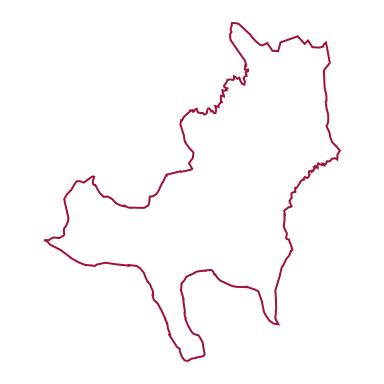 Klay, Bomi, Liberia
{"feature_id": "62588387B44236806524966", "entity_name": "Klay", "entity_type": "district", "adm_level": 2, "iso_a3": "LBR", "parent_name": "Liberia", "parent_adm1": "Bomi", "projection": "equal_earth", "projection_center": [-10.826, 6.705], "detail": "fine", "context": "isolated", "style": "outline", "palette": "rose", "viewbox_px": 384, "rotation_deg": 0, "n_neighbors": 0, "source": "geoboundaries", "source_scale": "gbopen_adm2", "svg_char_len": 5633}
<svg xmlns="http://www.w3.org/2000/svg" viewBox="0 0 384 384"><path d="M267.4,43.2L266.5,43.3L262.6,45.4L260.1,44.9L256.6,42.0L251.7,37.0L250.5,34.9L250.4,34.7L246.4,31.1L243.3,28.0L238.6,23.9L236.2,23.2L232.0,23.0L231.9,23.4L231.8,23.9L231.8,24.6L231.7,25.0L231.6,26.1L231.2,27.4L230.9,28.0L230.8,28.7L230.8,29.0L230.7,29.5L230.7,29.9L230.8,30.3L230.9,30.7L231.2,31.1L231.4,31.4L231.5,31.7L231.5,32.1L231.3,32.5L231.0,32.9L230.8,33.1L230.6,33.3L230.4,33.5L230.2,33.8L230.1,34.1L230.1,34.8L230.1,36.1L230.1,36.8L230.3,37.5L230.4,38.8L230.5,39.9L237.2,49.7L239.2,52.5L245.0,60.8L245.7,63.1L245.8,63.5L245.2,65.9L246.0,65.7L245.0,67.9L244.7,68.9L245.4,69.9L248.1,69.5L248.1,71.2L245.8,72.2L245.9,73.9L246.7,75.8L244.7,76.6L243.5,78.4L244.9,81.5L244.3,84.6L242.4,84.0L240.6,81.4L239.3,77.8L237.4,78.8L235.6,77.1L234.0,76.3L234.1,77.7L233.9,79.3L232.8,80.1L231.1,79.5L227.6,79.7L226.1,83.1L224.1,85.5L224.2,86.9L227.1,88.3L226.0,89.0L226.7,90.2L225.1,90.6L222.7,90.5L222.4,90.4L223.0,93.1L224.1,96.0L224.1,96.5L222.0,95.6L221.1,96.0L220.8,95.9L220.9,98.3L221.0,101.4L221.8,102.0L220.1,103.1L218.7,104.8L218.6,107.1L217.2,106.5L215.2,106.0L216.3,109.9L215.4,113.1L214.2,113.2L212.1,110.7L211.2,111.4L209.9,109.2L209.1,108.3L208.0,108.8L207.1,110.5L207.1,112.7L205.6,114.2L204.2,114.5L203.0,113.1L200.7,113.0L197.8,112.4L197.2,110.5L196.7,108.8L195.1,109.6L194.0,111.2L193.4,110.8L193.5,111.3L192.9,111.8L192.3,111.2L191.8,110.4L190.4,110.4L190.7,110.8L186.4,114.5L183.8,117.0L182.1,120.3L181.1,120.2L180.4,124.7L181.8,128.9L183.4,133.9L183.8,135.1L184.6,140.8L185.6,142.3L185.4,142.6L187.7,146.0L188.0,146.4L189.3,148.0L193.5,152.6L192.8,158.0L190.7,160.8L189.0,163.2L192.2,168.8L191.6,169.2L190.7,169.8L180.5,171.9L180.2,171.3L173.2,173.1L168.2,174.3L166.6,174.5L166.5,174.9L166.6,175.2L166.3,175.1L162.8,182.4L162.4,182.4L161.2,185.0L160.9,185.7L158.4,191.1L156.0,194.5L152.4,196.4L149.8,196.5L149.2,202.5L148.4,205.5L146.9,206.3L144.1,207.9L131.5,207.6L131.3,207.9L128.0,207.4L124.3,205.7L124.3,206.2L120.9,205.6L115.7,203.1L112.3,199.1L109.4,197.5L107.9,196.6L104.6,196.8L103.7,196.9L99.6,192.8L98.8,191.4L96.2,186.7L95.3,184.9L94.2,185.1L93.3,184.4L93.2,184.0L93.0,183.2L92.7,181.7L94.2,176.9L93.5,176.6L93.1,176.5L92.6,176.4L91.2,177.3L83.8,182.6L81.9,181.8L79.0,181.2L76.6,181.3L74.8,183.9L74.3,184.7L74.0,185.2L71.1,190.2L69.9,191.3L66.6,194.8L64.2,199.1L64.3,199.3L65.1,203.5L68.4,217.8L68.1,221.2L67.1,223.4L66.4,225.2L66.3,225.4L65.3,227.1L64.2,228.1L63.8,231.1L64.3,234.5L63.8,235.3L61.6,236.8L60.1,237.6L59.1,238.1L56.6,237.8L54.3,237.4L53.4,237.7L51.9,238.1L49.0,240.1L45.5,240.1L44.1,240.2L47.0,241.2L50.2,244.7L60.6,250.0L70.4,257.3L70.3,257.7L79.0,262.5L84.7,264.8L95.1,265.9L96.6,264.6L97.1,264.5L105.5,262.7L115.1,264.2L128.3,265.6L128.8,265.7L128.6,265.0L137.0,266.0L140.2,268.4L143.9,272.8L145.1,276.1L147.6,281.8L148.1,281.8L150.3,284.9L151.2,287.5L152.8,290.8L153.2,295.0L152.5,295.1L153.8,299.9L155.2,301.1L157.7,303.4L160.6,309.0L160.8,309.0L163.6,315.0L164.4,316.6L165.1,318.0L165.3,318.5L165.0,318.7L165.5,319.9L166.8,323.0L167.2,323.0L167.9,328.3L170.1,334.6L169.2,334.9L170.3,336.5L171.8,338.8L174.9,343.7L176.9,346.8L179.0,348.4L179.8,349.0L179.7,350.9L180.3,352.5L181.9,356.9L184.5,360.3L187.7,361.0L191.5,358.7L196.2,357.9L196.2,357.6L203.4,356.1L204.7,354.3L203.7,349.2L202.6,342.5L200.5,338.3L198.4,335.2L196.2,334.8L193.1,333.5L191.1,331.0L187.8,325.0L185.3,318.8L185.8,318.2L184.8,316.1L184.5,313.4L184.8,313.4L184.8,310.8L184.0,305.7L183.8,304.4L183.2,298.7L183.5,298.7L180.8,289.8L181.1,289.7L181.5,284.9L181.8,283.5L181.6,283.3L184.5,280.2L185.6,278.1L186.2,276.9L190.3,274.8L190.5,275.0L196.8,271.6L202.7,270.8L205.4,270.8L205.3,270.4L205.9,270.4L209.3,270.1L211.4,270.0L213.1,271.4L214.4,274.5L215.0,274.2L217.6,278.0L220.3,280.6L226.1,283.3L230.9,285.6L235.8,286.8L246.8,287.2L246.8,286.7L249.6,287.8L254.8,289.5L258.3,291.2L258.4,291.4L260.0,296.0L261.9,301.5L263.8,311.3L264.3,312.5L265.3,314.7L269.5,320.7L273.6,323.6L278.3,324.3L278.0,323.7L275.3,318.5L275.5,316.4L276.2,308.3L275.9,297.6L275.8,296.8L275.3,290.6L279.3,277.5L279.5,276.9L280.3,273.3L281.8,267.3L283.7,264.5L286.0,259.5L286.3,258.9L289.3,255.4L290.8,251.0L291.0,251.1L292.4,250.0L292.3,249.6L290.3,243.2L289.9,242.9L289.0,239.6L286.7,238.9L286.1,237.8L286.8,234.5L286.8,232.9L285.3,230.4L283.8,226.4L284.6,218.8L284.3,214.6L284.9,214.6L284.2,210.6L287.1,208.4L288.5,207.3L290.4,207.1L291.6,206.2L290.4,203.7L289.4,201.1L290.6,199.1L291.8,197.5L291.3,194.4L291.6,193.1L294.0,192.0L294.9,192.0L295.3,192.0L295.2,188.0L296.3,188.0L296.9,187.6L298.4,185.1L300.0,182.7L300.3,181.5L301.2,180.9L302.3,179.8L303.8,179.8L303.8,179.3L303.9,178.2L305.0,176.9L307.0,178.1L308.2,177.4L309.6,174.7L309.3,174.5L308.9,172.3L309.3,171.2L310.4,171.1L311.6,172.0L312.1,170.7L313.1,171.0L313.9,169.2L315.6,167.8L313.9,166.9L315.5,165.8L317.7,167.7L317.6,165.4L318.3,163.4L321.8,165.0L324.0,165.4L323.0,163.7L325.6,164.3L327.2,161.2L329.9,161.3L331.9,158.8L335.2,158.2L337.1,159.5L337.4,158.1L337.6,157.3L337.2,155.9L338.0,153.7L339.9,150.6L336.7,146.8L332.1,142.1L330.3,137.4L330.1,136.0L329.6,133.0L328.3,129.9L326.5,126.3L328.0,122.7L328.3,119.2L328.1,114.5L326.4,107.4L325.7,101.9L326.5,100.7L326.4,96.2L325.8,92.7L324.7,88.4L324.3,80.7L324.0,73.1L323.9,70.9L324.3,69.7L327.4,66.0L329.8,62.9L328.8,57.3L327.1,48.2L325.9,42.5L323.7,44.6L323.2,46.2L323.1,46.6L321.2,47.1L319.6,47.6L318.5,47.5L316.2,47.4L312.4,47.2L309.4,42.6L308.0,40.5L306.5,42.0L304.6,43.9L302.5,41.5L297.7,36.3L295.5,37.1L295.0,37.3L292.3,38.3L291.8,38.5L280.6,42.3L278.1,51.1L272.5,50.8L271.3,49.0L267.4,43.6L267.4,43.2Z" fill="none" stroke="#9f1239" stroke-width="2"/></svg>